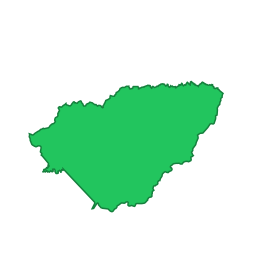 the district of Tsangano, Tete, Mozambique, rotated 43°
{"feature_id": "85939544B8789366603018", "entity_name": "Tsangano", "entity_type": "district", "adm_level": 2, "iso_a3": "MOZ", "parent_name": "Mozambique", "parent_adm1": "Tete", "projection": "albers", "projection_center": [34.263, -15.088], "detail": "fine", "context": "isolated", "style": "filled", "palette": "green", "viewbox_px": 256, "rotation_deg": 43, "n_neighbors": 0, "source": "geoboundaries", "source_scale": "gbopen_adm2", "svg_char_len": 5790}
<svg xmlns="http://www.w3.org/2000/svg" viewBox="0 0 256 256"><g transform="rotate(43 128 128)"><path d="M75.0,140.4L74.5,141.1L73.9,142.8L74.0,144.5L73.2,145.1L72.4,145.2L72.0,145.9L70.8,145.6L70.3,146.2L70.5,147.4L70.4,148.0L70.8,150.1L70.7,151.2L69.7,152.0L68.5,152.3L67.3,153.0L66.7,153.0L65.9,152.4L65.8,154.1L65.3,155.6L65.2,158.0L64.4,158.7L63.6,158.9L63.2,159.8L63.2,160.6L63.4,161.0L64.6,161.3L66.2,162.2L66.2,163.3L66.5,164.3L66.8,164.4L66.9,165.4L68.4,166.8L68.6,168.0L67.9,169.9L68.4,171.3L69.1,172.3L70.4,172.8L70.7,174.4L70.6,175.5L69.7,176.8L69.4,179.3L69.8,181.1L69.6,182.2L67.3,185.5L67.1,185.8L66.2,186.0L65.6,188.0L65.1,188.5L65.0,189.4L65.1,190.2L64.4,192.0L63.5,195.7L63.5,197.1L63.2,197.9L62.6,198.5L61.7,198.6L59.8,199.5L60.6,200.0L61.8,201.8L63.7,202.5L65.0,203.8L68.7,205.5L69.6,205.6L72.0,205.1L73.5,204.5L74.0,203.6L74.3,202.7L75.0,201.7L76.1,201.1L76.8,201.0L77.6,201.4L78.1,201.9L80.2,205.2L82.4,205.5L82.7,205.8L83.0,207.0L84.4,206.9L93.9,208.1L95.0,209.4L95.8,209.4L96.4,210.1L96.3,210.7L95.6,210.6L96.5,211.8L96.4,212.3L95.5,212.5L95.8,214.5L94.9,215.3L94.8,215.6L94.9,216.1L95.6,216.5L95.5,217.3L95.6,217.9L95.1,218.4L95.9,217.9L96.7,216.8L97.6,216.4L97.4,214.8L98.0,214.6L98.6,215.0L99.3,214.9L99.3,214.3L99.8,214.0L100.4,213.9L100.7,213.7L100.6,212.9L100.7,212.0L101.4,212.0L101.9,211.6L102.3,211.8L102.5,211.6L102.7,211.1L102.6,210.4L101.1,209.5L102.0,208.4L102.5,208.3L102.8,208.5L103.5,208.7L104.2,209.6L106.3,210.3L107.1,209.8L107.7,208.7L106.9,207.6L106.4,207.5L106.3,207.2L106.7,206.6L106.8,205.7L107.5,205.6L108.9,206.2L109.1,206.1L109.1,205.8L108.7,205.6L108.0,203.7L108.3,203.4L109.3,203.4L109.4,203.0L108.4,202.1L154.0,205.0L154.5,205.3L155.2,206.1L156.8,211.5L157.4,210.8L157.7,210.1L156.7,204.5L157.0,203.5L157.8,203.5L158.8,204.3L162.6,204.7L164.2,204.0L168.3,201.0L168.8,200.8L171.4,200.9L172.6,200.6L173.4,200.1L173.8,198.9L173.4,196.4L174.0,195.2L174.0,194.7L173.9,193.7L173.4,192.8L173.2,192.2L173.7,190.7L174.2,187.8L174.4,187.2L176.6,185.5L176.9,185.0L177.1,183.5L177.8,182.5L178.3,182.3L179.1,182.5L180.5,184.4L180.8,184.5L181.6,184.5L182.5,183.9L183.4,182.2L186.1,181.0L186.3,180.2L185.6,178.3L185.7,177.7L186.0,177.2L189.7,173.8L191.1,172.0L191.5,170.9L191.5,167.2L191.0,167.0L190.7,165.0L190.9,164.2L192.1,162.4L192.0,161.5L190.9,160.5L190.4,159.4L189.4,158.3L189.1,157.5L189.4,155.9L187.5,155.3L186.5,153.4L186.5,152.5L187.4,151.6L187.4,150.6L187.8,149.6L187.9,148.9L187.7,148.3L187.1,147.8L186.5,147.0L186.4,145.6L187.2,144.7L186.8,144.2L186.1,142.5L185.8,140.3L184.6,138.3L184.5,137.6L184.7,135.4L185.0,134.6L186.9,133.9L187.8,133.1L187.8,131.9L188.8,129.4L188.4,128.2L188.0,127.9L187.0,127.5L186.5,127.9L185.7,127.7L185.2,127.1L185.1,126.5L185.4,125.5L185.6,123.2L187.2,121.1L188.2,120.2L189.4,118.9L190.8,118.6L192.1,117.5L192.1,116.6L191.9,116.0L192.0,115.0L192.5,113.8L193.2,112.8L194.1,112.0L195.4,111.3L196.2,109.0L195.9,108.2L193.9,106.5L193.9,106.1L194.4,105.1L194.6,103.6L193.5,103.5L190.9,102.3L190.8,100.5L190.3,99.8L189.5,99.2L188.9,94.1L187.7,91.9L186.3,87.9L186.1,87.5L184.9,86.5L183.7,85.8L184.3,82.8L186.2,80.6L186.0,73.2L185.3,69.2L186.0,67.9L186.7,67.6L187.6,66.9L187.8,65.9L185.9,61.7L185.1,60.7L183.9,59.5L183.8,58.7L184.3,58.1L184.1,57.6L181.1,53.8L179.7,52.6L178.8,49.6L179.1,48.7L179.0,48.1L178.1,47.1L177.6,46.2L177.1,44.5L175.9,43.5L175.7,42.7L175.9,41.4L174.9,40.3L173.9,38.3L173.9,37.9L169.3,38.2L168.2,37.9L167.3,38.3L166.6,37.6L166.4,37.9L166.0,37.8L165.8,38.2L165.5,38.3L165.4,38.9L165.0,39.2L165.0,39.6L164.0,40.2L163.3,40.0L163.1,39.6L162.7,39.7L162.4,39.4L161.9,39.6L161.3,39.4L160.3,38.7L160.1,39.0L159.7,39.1L159.9,39.8L159.2,40.0L159.0,40.5L158.3,40.6L158.2,41.1L157.8,41.7L157.0,42.2L156.3,42.3L156.1,42.6L155.4,43.1L154.9,42.8L154.4,43.0L154.2,43.3L153.7,43.2L153.3,43.6L152.5,43.3L152.1,43.4L151.8,43.8L151.3,43.7L151.1,43.8L151.0,44.9L151.3,45.4L150.7,46.7L150.9,47.4L150.7,48.7L150.5,49.0L150.9,49.6L150.6,49.6L149.4,50.0L149.1,50.0L148.6,50.5L147.8,50.5L147.4,50.4L147.4,50.8L147.0,50.9L146.5,50.9L146.2,50.6L145.7,51.0L145.4,50.6L144.9,50.8L143.9,50.8L143.5,51.1L142.8,50.8L142.5,50.9L142.3,51.6L143.0,52.4L143.3,52.6L143.3,53.2L144.1,54.1L143.8,54.2L143.6,54.0L142.4,54.3L141.8,53.8L141.0,54.3L140.2,54.2L140.4,55.9L140.9,57.3L140.0,57.7L139.8,59.3L139.3,59.4L137.2,58.6L136.9,58.7L137.1,59.1L136.9,60.1L137.4,60.7L136.7,61.5L136.2,61.3L135.8,61.5L136.4,62.7L135.8,63.9L135.6,66.0L135.4,66.1L134.9,65.5L134.4,65.4L133.8,66.3L132.6,67.3L132.2,67.1L131.8,67.1L131.3,68.1L130.4,68.0L130.8,69.6L130.5,70.1L128.5,69.8L127.7,69.0L127.2,69.0L126.9,69.3L127.4,70.4L127.0,71.6L126.5,71.6L125.0,71.2L124.7,71.2L124.5,71.7L123.4,71.8L122.9,72.7L122.3,73.1L122.0,73.9L122.1,74.7L121.7,75.0L121.4,76.0L121.6,77.1L120.7,77.5L120.8,78.1L120.0,80.0L119.7,80.4L118.2,80.5L117.8,80.6L117.8,81.6L118.2,82.4L118.1,82.8L117.5,82.6L116.9,82.8L116.6,82.4L115.9,82.6L115.3,81.9L114.4,82.4L114.0,83.0L113.4,83.1L113.1,84.0L111.9,86.2L112.0,86.8L111.4,87.2L111.4,87.7L111.2,88.0L110.5,88.4L110.2,89.0L110.0,90.1L109.4,90.6L109.3,90.9L109.5,91.3L109.3,91.9L109.0,92.1L108.9,91.8L107.0,90.9L103.6,94.1L103.6,94.4L104.2,95.4L104.3,95.8L104.2,96.2L103.8,96.4L103.4,97.5L102.4,98.2L101.6,97.5L100.5,97.5L100.1,96.9L98.3,98.7L98.1,99.9L97.7,100.7L97.1,101.4L96.5,101.7L95.8,102.9L95.6,103.8L95.3,104.4L96.0,106.4L95.8,108.8L95.2,110.0L96.1,111.8L95.9,112.9L96.4,114.0L95.2,115.2L93.0,116.3L93.7,117.6L94.5,118.4L94.1,120.4L93.0,122.9L93.1,123.3L94.0,125.5L94.0,126.2L94.5,127.1L94.6,128.7L95.0,129.3L95.7,129.6L95.7,130.4L94.8,130.7L93.4,130.3L92.1,130.6L91.0,131.6L90.9,132.7L90.7,132.8L88.5,132.7L88.0,133.5L85.9,133.9L84.9,133.9L82.5,135.1L82.4,137.0L81.8,137.8L81.4,139.1L81.9,140.7L80.9,142.0L80.2,142.1L78.5,141.2L76.8,141.1L75.7,140.5L75.0,140.4Z" fill="#22c55e" stroke="#15803d" stroke-width="1.5"/></g></svg>